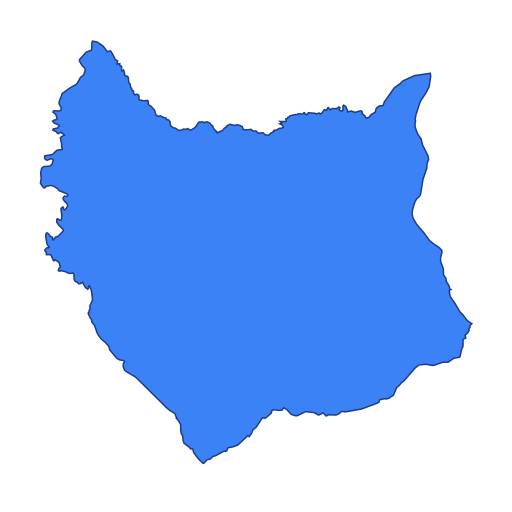 Vemasse, Baucau, East Timor, rotated 92°
{"feature_id": "22284137B19870753775512", "entity_name": "Vemasse", "entity_type": "district", "adm_level": 2, "iso_a3": "TLS", "parent_name": "East Timor", "parent_adm1": "Baucau", "projection": "albers", "projection_center": [126.238, -8.584], "detail": "fine", "context": "isolated", "style": "filled", "palette": "blue", "viewbox_px": 512, "rotation_deg": 92, "n_neighbors": 0, "source": "geoboundaries", "source_scale": "gbopen_adm2", "svg_char_len": 6046}
<svg xmlns="http://www.w3.org/2000/svg" viewBox="0 0 512 512"><g transform="rotate(92 256 256)"><path d="M316.1,37.9L313.4,42.4L307.2,47.5L304.9,50.1L297.0,55.1L289.8,60.4L286.0,61.4L283.8,61.5L283.2,61.3L282.7,60.1L282.1,61.2L279.3,61.9L274.7,64.9L271.7,65.4L268.3,67.9L262.0,68.4L255.0,71.3L251.2,71.5L246.0,70.3L244.0,70.5L241.4,72.9L237.8,78.8L234.3,83.3L227.1,88.9L218.4,96.8L212.8,100.3L208.6,101.5L203.8,101.1L197.1,99.3L193.7,97.7L190.6,94.7L188.5,93.7L173.7,91.8L162.4,88.4L157.8,88.3L153.5,86.9L149.9,87.6L139.2,93.4L133.2,95.1L128.7,98.5L125.9,99.8L121.4,101.5L117.5,101.7L115.7,101.2L113.7,101.7L109.0,101.0L97.8,97.8L95.0,96.7L87.1,91.9L80.8,88.9L70.5,87.7L67.3,88.1L70.2,103.9L75.7,115.0L79.0,118.3L83.0,123.6L97.6,133.2L100.6,134.0L101.4,134.7L101.6,137.6L102.9,139.8L105.1,141.3L108.2,141.9L110.5,145.7L113.5,148.1L114.2,149.9L114.0,151.2L112.5,151.7L109.9,154.8L108.2,154.9L107.5,155.4L107.3,156.9L109.0,161.9L107.8,165.9L108.8,169.5L107.3,169.7L103.3,171.6L102.2,173.6L103.2,174.4L107.2,174.1L108.3,175.4L107.3,177.8L106.7,177.9L104.8,177.3L104.2,178.5L106.0,180.8L105.9,184.8L107.4,187.3L105.2,188.7L105.3,189.5L107.9,190.6L107.3,192.7L110.7,195.1L111.9,196.8L110.9,197.9L111.9,200.8L111.3,201.9L111.0,208.7L113.1,210.2L112.3,212.0L111.1,212.5L111.0,213.0L112.4,214.1L112.6,215.0L112.3,218.6L113.2,220.0L113.5,222.8L114.8,227.0L116.3,228.3L116.3,229.0L117.6,229.7L117.9,231.0L120.1,230.5L120.6,231.1L120.7,236.7L122.2,234.9L123.1,236.9L124.0,234.8L125.7,233.2L126.5,233.2L127.3,234.8L127.7,237.2L129.5,240.2L129.7,242.2L130.6,243.0L131.2,242.5L132.7,245.5L134.8,247.4L134.6,251.1L132.7,253.1L133.1,258.3L131.5,259.7L131.1,260.7L131.2,263.5L129.6,265.2L130.3,269.8L130.2,272.6L129.9,273.1L127.1,274.3L125.9,277.2L125.5,279.6L126.1,280.9L125.9,284.4L125.2,286.5L126.9,289.6L128.3,290.3L129.5,292.2L131.6,293.7L134.3,299.1L133.9,299.9L132.9,299.6L132.4,300.7L129.8,303.0L127.3,304.0L126.4,305.6L124.8,306.9L123.6,309.6L124.1,311.7L124.6,312.2L123.8,313.9L124.1,317.4L124.6,318.2L128.4,320.3L130.2,322.0L132.5,325.6L131.0,329.1L131.9,329.9L131.6,332.7L132.5,334.3L133.3,337.6L131.0,341.0L130.9,342.6L129.8,344.7L128.1,346.2L124.6,346.7L123.0,348.3L123.0,349.7L121.2,350.9L120.8,353.3L119.3,356.2L119.7,359.0L118.4,361.0L113.9,362.4L110.1,366.1L108.5,368.8L105.0,369.2L104.3,369.8L104.8,373.2L104.2,377.6L103.4,378.6L100.4,378.4L98.7,379.6L98.4,380.4L99.2,382.6L97.3,384.3L95.6,384.1L94.3,385.9L92.7,386.2L92.0,387.0L88.5,387.9L87.1,389.2L81.8,389.9L80.8,391.1L80.4,393.4L76.4,394.1L74.7,394.9L75.8,396.4L74.6,396.9L71.8,396.8L70.9,397.3L70.4,398.8L68.5,398.8L69.1,401.6L66.0,401.1L64.4,403.6L59.4,406.2L56.5,408.2L56.1,408.7L56.9,411.8L51.7,416.0L47.7,422.1L46.9,426.9L48.4,427.4L55.2,427.4L56.1,427.8L58.2,432.8L65.5,439.0L66.4,439.3L67.5,439.2L71.9,436.3L74.5,433.4L75.7,433.2L80.9,434.4L83.6,437.6L89.4,440.6L91.0,442.0L94.2,447.3L100.3,455.3L109.1,458.2L111.0,458.0L114.9,455.7L116.7,455.9L118.0,457.5L117.9,462.9L118.3,463.8L119.5,463.8L121.1,461.4L122.5,460.6L125.7,459.5L126.5,460.0L127.2,462.4L128.3,464.0L130.2,462.4L131.9,457.6L132.6,457.0L135.1,458.9L136.0,462.7L136.3,463.2L137.4,463.4L138.8,459.8L140.3,458.7L140.6,457.7L139.0,455.4L141.8,451.6L144.1,455.3L144.8,455.7L151.1,454.1L153.9,454.1L155.5,453.2L156.4,453.4L156.8,457.0L157.5,459.0L161.7,463.0L163.2,470.4L163.9,470.9L166.2,470.4L167.0,469.6L167.6,468.0L166.0,464.5L166.2,463.0L166.7,462.3L168.4,462.1L171.5,463.1L173.4,465.3L174.0,471.1L175.7,473.3L180.5,474.1L186.0,473.4L190.7,474.0L193.8,471.9L195.4,470.1L195.1,469.3L193.9,468.4L193.4,467.1L192.7,463.4L193.0,461.3L195.5,456.8L197.6,455.0L200.5,447.0L201.7,446.2L202.5,446.4L203.1,447.3L202.8,449.4L204.1,450.6L205.5,450.9L207.8,449.5L209.9,447.0L211.9,445.9L214.6,447.0L216.6,448.8L215.9,450.1L214.2,450.1L213.7,450.8L214.8,452.2L215.8,452.6L223.1,451.4L226.8,451.8L227.0,452.9L225.7,455.8L226.5,456.4L229.2,456.3L232.2,454.1L236.0,449.9L236.8,449.3L237.8,449.6L243.0,454.2L244.2,457.2L247.0,458.9L246.9,459.7L244.3,460.1L243.4,462.3L240.4,464.9L240.2,465.8L240.6,466.4L242.6,466.9L244.5,466.7L250.6,465.5L251.9,465.1L254.3,462.9L255.0,463.4L255.0,465.1L257.4,467.3L258.6,466.9L259.7,465.7L262.0,465.5L261.8,461.6L262.3,460.9L267.8,458.2L267.7,457.4L266.7,457.0L268.7,453.4L270.1,452.2L272.3,451.8L273.2,450.8L275.3,452.5L277.4,453.1L278.0,452.3L277.6,449.4L278.2,446.4L280.0,441.9L279.5,438.4L280.5,437.3L285.4,437.0L287.1,436.4L287.9,435.3L288.1,434.4L290.0,432.1L289.7,430.4L288.4,428.4L293.1,425.7L295.0,423.4L294.5,422.3L292.4,422.4L291.5,421.7L292.4,420.9L296.3,419.3L305.5,417.8L311.8,420.3L314.4,419.9L315.9,420.8L317.9,420.9L319.0,421.8L323.4,419.7L324.8,418.4L327.8,417.7L330.9,415.0L338.2,412.2L340.9,410.6L344.4,407.7L348.0,403.2L351.3,400.0L355.1,398.8L363.3,391.3L364.6,388.6L365.1,384.3L366.0,383.8L368.5,384.9L371.3,384.8L374.6,383.4L375.7,382.2L380.6,373.1L382.6,370.5L410.4,340.5L413.1,337.1L416.5,331.3L418.7,330.7L420.3,329.6L421.1,330.0L423.5,327.5L427.3,325.4L434.1,325.0L436.6,324.2L438.5,322.9L442.9,322.4L445.5,321.5L449.5,315.9L451.0,314.7L451.2,312.4L454.4,311.5L456.2,310.2L461.0,306.2L465.1,301.7L464.8,300.7L461.3,297.8L460.4,294.4L457.9,292.3L457.0,289.4L452.3,281.4L451.8,280.1L452.4,279.5L451.8,278.5L449.1,277.6L448.6,277.0L447.4,271.9L445.5,267.5L435.7,257.8L436.8,256.5L433.5,254.3L430.0,253.1L427.1,249.9L417.5,243.9L417.8,241.2L417.3,240.4L412.5,235.3L409.9,234.7L409.0,232.7L409.5,227.2L409.1,224.7L406.7,222.8L408.6,219.6L413.0,215.4L414.2,211.5L414.2,209.2L409.8,201.0L410.5,192.5L412.8,187.9L410.4,183.2L413.3,180.6L413.3,179.8L412.2,178.0L412.1,170.4L410.6,167.3L409.1,166.0L408.4,164.6L408.6,160.9L405.2,145.1L398.5,129.0L398.0,128.2L395.3,127.3L394.2,122.9L394.3,120.9L393.6,118.4L390.2,113.7L382.3,110.7L380.5,108.4L377.7,106.4L375.9,104.0L362.2,92.9L359.1,89.1L358.3,81.9L359.2,76.2L359.0,74.2L355.6,65.5L355.4,60.3L351.2,54.6L350.1,49.3L349.5,48.6L341.2,47.1L339.3,46.0L332.5,46.1L331.9,45.8L330.7,43.5L327.6,44.3L326.3,42.4L323.7,40.8L322.9,40.4L321.5,40.8L320.0,39.7L318.2,39.7L316.1,37.9Z" fill="#3b82f6" stroke="#1e3a8a" stroke-width="1.5"/></g></svg>